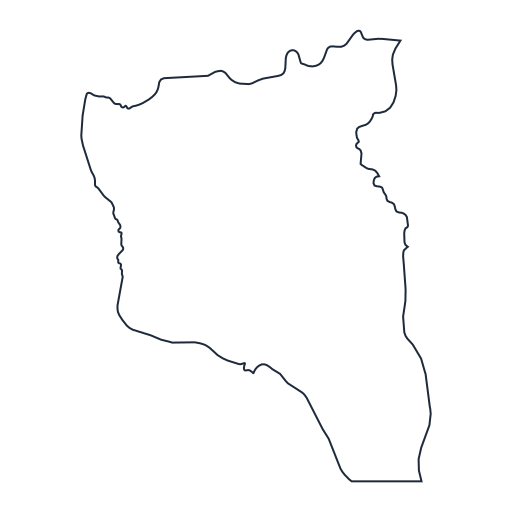 an SVG outline of Sud-Kivu
{"feature_id": "COD-1894", "entity_name": "Sud-Kivu", "entity_type": "Province", "adm_level": 1, "iso_a3": "COD", "parent_name": "Democratic Republic of the Congo", "parent_adm1": "", "projection": "mercator", "projection_center": [28.022, -3.333], "detail": "fine", "context": "isolated", "style": "outline", "palette": "slate", "viewbox_px": 512, "rotation_deg": 0, "n_neighbors": 0, "source": "natural_earth", "source_scale": "10m", "svg_char_len": 4645}
<svg xmlns="http://www.w3.org/2000/svg" viewBox="0 0 512 512"><path d="M429.8,406.8L430.2,408.5L430.7,413.9L429.4,425.3L421.2,447.7L418.6,459.1L418.9,470.5L421.5,481.3L390.6,481.3L351.6,481.3L349.0,479.2L344.8,474.9L342.3,471.7L340.5,468.7L328.7,438.8L322.7,429.2L306.6,397.7L304.5,394.8L303.4,393.6L301.8,392.3L288.0,383.4L285.9,381.2L280.1,373.9L272.4,369.2L269.6,366.9L266.8,365.1L264.3,364.3L261.7,364.4L259.2,365.6L257.1,367.2L255.5,369.1L254.5,370.8L253.6,372.9L253.3,373.1L252.9,372.9L251.9,371.9L250.8,371.1L250.3,370.7L249.6,370.4L249.0,370.2L248.2,370.1L247.2,370.2L246.5,370.4L245.9,370.4L245.1,370.4L244.5,370.1L244.1,369.3L243.9,368.1L244.2,365.9L244.9,363.9L244.9,363.4L244.2,363.1L243.6,363.3L241.6,364.0L240.9,364.1L240.4,364.2L239.0,364.1L227.8,360.6L222.9,358.4L217.7,355.2L209.5,347.7L206.3,345.6L204.6,344.7L200.1,343.3L194.8,342.3L172.7,342.6L171.7,342.5L170.4,342.0L161.1,339.7L150.7,335.3L132.7,329.7L129.5,327.9L126.9,325.7L122.4,320.0L119.2,315.0L118.0,312.1L117.5,309.1L117.5,305.4L122.7,276.9L122.6,276.2L122.1,274.8L121.9,274.1L122.0,270.3L121.6,269.6L120.6,268.7L120.6,268.1L120.6,267.2L121.0,265.7L121.0,264.7L120.7,264.0L120.2,263.6L119.6,263.3L119.0,263.2L118.7,263.0L118.3,262.6L118.2,262.0L118.2,261.2L118.3,260.2L118.1,259.6L117.5,258.8L117.3,258.3L117.2,257.6L117.3,256.7L117.6,255.7L118.9,254.0L122.6,250.2L123.0,249.6L123.2,248.8L123.1,247.7L122.8,247.0L122.3,246.5L122.0,246.1L121.8,245.8L121.5,245.2L121.3,244.6L121.3,243.7L121.5,239.4L121.5,238.6L121.0,236.4L121.6,233.2L121.3,232.6L120.7,232.3L119.6,232.2L119.0,231.9L118.6,231.5L118.4,230.8L118.4,230.1L118.7,229.4L119.9,228.4L120.2,227.9L120.4,227.2L120.4,226.0L120.2,225.3L120.0,224.8L118.5,222.7L118.2,222.1L117.4,220.1L117.0,219.6L115.7,219.0L115.3,218.6L114.9,218.0L114.0,215.2L113.4,213.9L113.3,213.0L113.4,211.8L113.9,209.9L114.0,208.8L113.9,207.8L113.8,207.1L111.6,202.5L110.8,201.7L105.1,197.1L103.6,195.5L98.5,188.6L97.5,187.6L96.0,186.7L95.5,186.2L95.0,184.9L95.0,180.5L94.6,178.0L93.7,175.6L91.6,171.8L90.8,169.9L83.0,145.5L81.5,138.5L81.3,135.4L82.6,115.7L85.3,99.2L86.6,94.4L87.0,93.6L87.9,93.0L88.8,92.8L90.2,93.1L91.0,93.4L93.3,94.9L94.6,95.5L99.2,96.5L103.1,96.4L104.1,96.6L104.9,96.9L105.3,97.2L105.8,97.3L106.5,97.5L107.5,97.5L108.4,97.5L109.1,97.8L109.7,98.1L110.3,98.5L110.7,99.0L113.6,102.6L114.0,103.0L114.6,103.5L115.2,103.8L115.9,104.0L119.5,104.1L120.2,104.5L120.7,105.2L120.9,105.9L121.2,106.4L121.6,107.0L122.2,107.3L122.9,107.5L123.7,107.3L125.0,106.2L125.5,105.8L126.2,106.1L126.6,106.7L126.9,107.3L127.2,107.9L127.6,108.3L128.3,108.6L129.2,108.5L130.0,108.2L130.9,107.4L131.9,106.8L133.3,106.2L135.9,105.7L139.1,104.7L142.9,103.0L148.8,99.5L152.2,96.9L154.9,94.3L156.5,92.1L157.7,89.5L158.4,87.1L159.3,82.0L161.1,79.4L164.0,78.2L208.0,75.8L215.1,71.9L217.9,71.2L221.1,70.8L223.4,71.6L225.5,73.0L229.7,78.2L231.8,80.1L235.0,82.1L237.8,83.1L240.0,83.6L248.9,84.1L251.9,83.4L258.1,80.4L263.1,78.6L278.2,75.9L281.2,75.0L283.5,73.2L284.6,71.1L285.3,68.1L285.8,58.1L286.4,55.5L287.4,53.3L288.6,51.8L290.5,50.6L292.2,50.2L293.8,50.3L295.2,50.9L296.5,51.8L297.6,53.0L298.4,54.4L300.6,62.2L301.1,63.2L301.9,63.6L304.8,64.5L307.0,65.5L309.1,66.1L312.6,66.4L315.8,65.8L318.4,64.8L320.6,63.2L322.5,60.8L324.0,57.8L327.1,49.3L328.3,47.7L330.4,46.5L333.1,46.4L336.4,46.7L341.1,46.8L344.1,45.7L346.5,43.8L353.0,34.7L354.6,33.0L357.2,31.0L358.9,30.7L360.2,31.2L360.9,32.2L362.8,36.9L363.5,38.1L365.1,39.2L367.5,39.8L378.0,38.8L382.4,38.9L400.4,40.6L395.4,48.6L392.9,54.6L392.2,59.4L392.5,64.3L396.1,85.5L396.4,90.4L395.6,96.0L393.5,102.4L390.1,107.7L385.4,111.3L379.4,112.9L375.6,112.8L374.4,113.2L373.0,114.5L372.9,115.7L372.4,117.1L371.4,119.1L369.8,121.6L367.9,123.5L365.6,124.9L362.7,125.7L359.1,127.0L357.2,128.6L356.2,132.2L356.5,135.1L357.0,137.8L358.4,140.2L358.8,141.8L356.5,143.9L356.0,145.7L356.5,147.4L357.7,148.3L359.2,149.0L360.6,150.4L361.5,153.5L360.6,163.9L361.6,164.9L366.7,168.2L368.5,168.9L372.5,169.4L375.3,170.7L377.3,173.0L379.1,176.3L376.4,176.7L374.7,178.1L373.8,180.4L373.5,183.3L374.6,185.6L377.0,186.3L379.9,186.6L381.9,187.5L382.5,188.5L383.7,192.2L385.7,195.1L386.3,196.4L386.5,198.6L387.4,200.8L389.4,201.9L391.9,202.7L393.9,204.1L394.7,206.2L395.3,209.0L396.4,211.4L399.0,212.5L401.5,212.7L403.8,213.6L405.7,215.1L406.9,217.1L407.9,224.8L408.0,225.7L407.3,227.3L405.6,228.2L404.6,230.5L404.2,233.3L404.5,242.3L405.5,244.9L407.8,246.8L407.1,247.3L404.0,250.2L403.4,252.0L403.1,256.0L403.9,265.7L405.5,287.9L405.6,290.3L405.4,300.9L404.6,306.6L403.1,316.5L404.3,332.4L405.6,336.0L407.6,338.9L412.7,344.5L421.1,358.6L424.8,371.5L425.6,374.1L429.8,406.8Z" fill="none" stroke="#1e293b" stroke-width="2"/></svg>